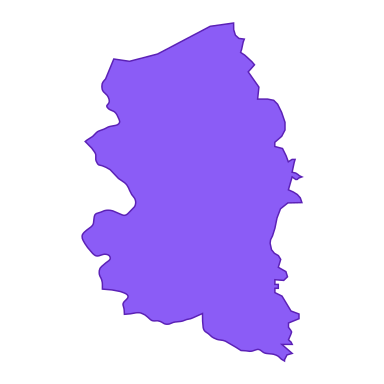 SVG path tracing the border of Podunavski
{"feature_id": "SRB-831", "entity_name": "Podunavski", "entity_type": "District", "adm_level": 1, "iso_a3": "SRB", "parent_name": "Republic of Serbia", "parent_adm1": "", "projection": "natural_earth1", "projection_center": [20.92, 44.453], "detail": "fine", "context": "isolated", "style": "filled", "palette": "violet", "viewbox_px": 384, "rotation_deg": 0, "n_neighbors": 0, "source": "natural_earth", "source_scale": "10m", "svg_char_len": 3702}
<svg xmlns="http://www.w3.org/2000/svg" viewBox="0 0 384 384"><path d="M113.8,59.0L129.5,61.3L157.6,54.0L210.2,26.3L233.6,23.0L233.7,29.7L235.4,35.2L238.9,38.4L244.3,39.1L243.2,42.0L241.6,49.4L240.6,52.4L244.7,55.1L251.9,61.7L254.5,64.8L248.2,71.9L258.9,87.1L257.6,99.1L267.7,99.1L273.7,100.3L277.6,104.2L281.6,112.3L285.0,122.3L285.0,130.0L281.7,136.3L274.8,142.3L274.8,146.5L282.5,148.5L286.1,155.8L288.3,161.8L292.1,159.4L295.1,159.4L294.2,162.4L292.1,172.2L295.8,173.1L297.8,174.4L299.3,175.7L301.9,176.9L298.6,178.1L297.3,179.4L295.8,179.5L292.1,176.9L288.4,189.8L293.3,192.0L297.4,194.6L300.3,197.9L301.9,202.6L287.9,202.9L280.5,208.8L277.0,218.0L274.9,228.3L272.5,235.9L270.6,239.7L270.1,243.2L271.5,249.7L274.4,253.3L278.4,255.6L280.7,259.4L278.3,267.3L285.9,271.6L287.5,276.8L283.7,280.4L274.9,279.7L274.9,284.4L278.3,284.4L278.3,288.3L274.9,288.3L274.9,292.6L282.0,296.1L291.0,311.0L299.0,314.0L299.0,318.7L288.5,323.0L288.5,327.3L290.8,330.4L291.6,332.0L290.8,334.4L288.5,339.7L290.0,341.2L290.6,341.6L291.1,342.2L292.2,344.4L281.8,344.4L292.2,353.4L287.0,354.9L284.6,359.6L284.5,361.0L281.4,359.2L278.8,356.7L278.0,356.1L276.3,355.2L273.7,354.3L272.0,354.0L266.9,353.5L265.3,353.2L264.2,352.8L263.1,352.2L260.6,350.3L259.5,349.7L258.3,349.4L257.6,349.4L256.3,349.7L252.4,351.0L251.3,351.2L249.7,351.3L245.9,350.8L241.0,350.5L236.0,347.3L225.5,341.2L223.1,340.4L218.3,339.7L216.8,339.3L213.6,337.9L211.7,336.7L208.4,333.7L205.3,331.6L204.3,330.5L203.6,329.1L203.2,327.7L202.6,321.1L202.5,313.5L192.9,317.8L190.6,318.7L186.7,319.5L182.7,321.0L180.9,321.4L175.1,322.0L173.3,322.4L169.3,324.0L167.8,324.2L166.4,324.2L165.3,324.0L164.3,323.7L161.6,322.1L160.1,321.4L159.0,321.1L157.8,320.8L156.4,320.8L154.4,320.9L153.0,320.8L151.9,320.5L151.0,320.0L150.1,319.3L147.7,317.1L145.1,315.0L142.9,313.9L140.8,313.0L139.3,312.7L137.6,312.7L136.0,312.8L130.4,313.8L124.4,314.3L124.2,310.4L124.0,308.7L123.0,304.8L123.1,303.6L123.6,302.5L124.3,301.5L126.6,299.3L127.8,297.8L128.0,296.9L128.0,296.1L127.7,295.4L127.2,294.7L126.0,293.8L124.4,293.0L120.9,291.7L119.3,291.3L111.9,289.9L102.4,289.1L102.4,284.6L102.3,282.6L101.7,279.9L101.0,278.2L99.8,275.8L99.3,274.1L99.2,272.4L99.3,270.6L99.8,269.0L100.2,268.1L101.7,266.4L105.9,262.8L108.9,260.6L109.8,259.6L110.2,258.8L110.3,258.0L110.0,256.9L109.3,255.7L108.1,254.9L107.0,254.5L105.9,254.3L104.4,254.2L102.9,254.5L98.9,255.8L97.5,256.0L96.4,255.9L95.4,255.6L94.2,254.8L92.7,253.5L87.6,247.5L85.0,243.7L83.5,241.1L82.8,239.7L82.3,238.4L82.1,236.2L82.3,235.0L83.1,233.6L84.2,232.3L86.7,230.1L91.0,226.9L92.1,225.8L93.0,224.6L93.5,223.0L94.1,217.8L94.4,216.2L94.9,214.9L95.7,214.0L96.5,213.5L101.2,212.0L104.3,210.7L106.2,210.3L108.1,210.2L110.1,210.3L112.1,210.7L113.1,211.0L122.2,214.9L123.6,215.3L124.9,215.3L125.8,215.0L127.1,214.3L128.3,213.2L134.4,206.9L135.2,205.4L135.5,204.1L135.7,202.7L135.6,201.4L135.3,200.0L134.9,198.9L134.4,198.0L131.7,194.5L129.6,190.4L128.5,187.8L126.8,184.9L125.7,183.7L124.5,182.6L118.5,178.5L110.2,169.7L106.0,167.3L102.1,165.7L99.5,165.1L98.6,164.8L97.6,163.8L96.1,160.9L95.8,159.6L95.8,154.9L95.5,153.8L94.8,152.4L91.7,148.1L85.2,141.5L87.2,139.9L92.1,136.8L93.0,136.1L96.2,132.8L97.5,131.7L98.9,131.0L104.3,129.0L108.2,127.0L109.4,126.6L110.7,126.3L115.5,125.4L116.6,125.1L117.7,124.6L118.8,123.7L119.5,122.6L119.7,121.5L119.2,119.7L117.2,115.3L116.5,114.1L115.9,113.3L115.2,112.5L114.0,111.5L110.6,110.0L109.2,109.3L108.1,108.3L107.2,107.3L106.8,106.3L106.8,105.8L107.4,104.8L108.3,103.8L109.0,102.7L109.3,101.4L109.1,99.5L108.3,97.3L107.2,95.4L103.6,91.9L102.7,90.6L102.2,89.3L102.0,87.8L101.9,86.3L102.2,83.7L102.9,82.2L104.0,80.7L105.6,78.9L113.8,59.0Z" fill="#8b5cf6" stroke="#5b21b6" stroke-width="1.5"/></svg>